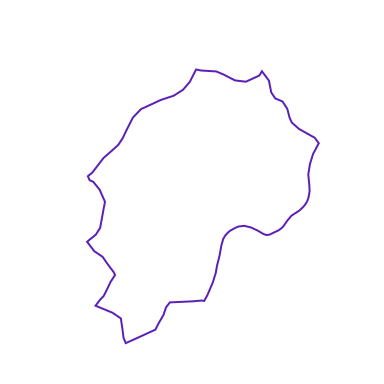 Toksong, Hamgyŏng-namdo, North Korea, rotated 155°
{"feature_id": "82179303B35188226848964", "entity_name": "Toksong", "entity_type": "district", "adm_level": 2, "iso_a3": "PRK", "parent_name": "North Korea", "parent_adm1": "Hamgyŏng-namdo", "projection": "natural_earth1", "projection_center": [128.228, 40.466], "detail": "fine", "context": "isolated", "style": "outline", "palette": "violet", "viewbox_px": 384, "rotation_deg": 155, "n_neighbors": 0, "source": "geoboundaries", "source_scale": "gbopen_adm2", "svg_char_len": 1436}
<svg xmlns="http://www.w3.org/2000/svg" viewBox="0 0 384 384"><g transform="rotate(155 192 192)"><path d="M227.0,88.1L221.8,91.9L211.5,101.1L204.5,108.8L200.6,114.5L194.0,122.6L188.0,131.1L183.6,136.2L180.6,138.3L177.2,139.8L174.5,140.7L168.3,141.2L164.5,141.1L158.8,139.2L153.3,134.7L148.9,129.4L145.1,123.9L142.7,121.5L139.9,120.6L129.6,120.7L126.5,121.3L123.8,122.2L117.7,125.8L111.9,128.5L102.6,129.8L97.1,131.6L94.1,133.2L91.2,135.2L88.7,137.8L85.2,142.8L83.0,148.0L79.2,158.8L73.2,167.6L66.2,175.3L56.5,182.6L57.9,189.4L63.2,196.7L68.4,204.0L72.2,212.7L72.1,218.4L70.5,227.1L71.7,235.8L77.0,241.6L78.1,248.8L75.2,260.4L77.6,271.9L81.7,269.1L96.6,269.2L105.9,275.0L113.8,285.2L119.1,291.0L127.1,295.4L132.5,298.3L136.5,301.3L147.5,292.7L157.1,288.4L167.9,287.0L181.4,288.6L190.9,288.6L203.1,288.7L214.0,284.5L225.0,275.9L231.9,270.2L238.8,265.9L248.3,263.0L257.9,260.2L266.1,255.9L274.3,251.7L279.7,250.3L279.8,246.6L279.8,245.9L277.2,243.0L274.7,232.9L274.9,225.7L275.0,219.9L279.2,214.1L290.4,198.3L297.2,194.0L302.7,192.6L304.1,192.3L308.1,191.2L305.6,179.7L300.4,171.0L299.2,163.7L298.0,157.9L296.8,152.2L296.8,149.3L303.7,145.0L310.6,139.3L316.1,135.0L320.2,133.5L327.5,129.7L321.7,123.4L315.1,116.2L309.9,107.5L312.9,97.4L315.7,88.7L315.9,83.0L298.3,82.8L290.2,82.8L283.4,82.7L277.9,87.0L269.7,92.7L264.2,98.5L258.7,101.3L248.0,96.9L237.3,92.5L229.2,89.6L227.0,88.1Z" fill="none" stroke="#5b21b6" stroke-width="2"/></g></svg>